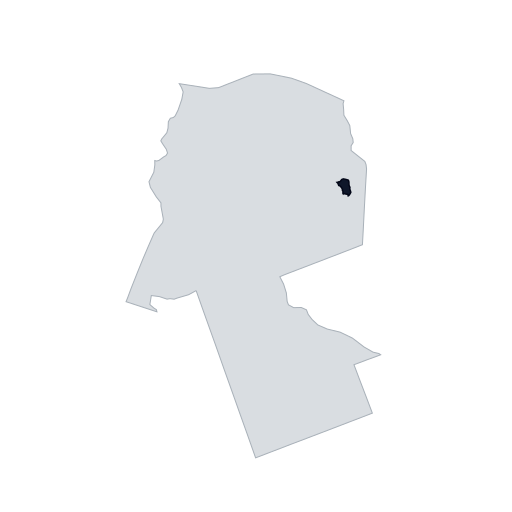 Ixtahuacán, Huehuetenango, Guatemala shown in context, rotated 159°
{"feature_id": "79465075B38724413967486", "entity_name": "Ixtahuacán", "entity_type": "district", "adm_level": 2, "iso_a3": "GTM", "parent_name": "Guatemala", "parent_adm1": "Huehuetenango", "projection": "equal_earth", "projection_center": [-91.799, 15.426], "detail": "fine", "context": "in_parent", "style": "filled", "palette": "ink", "viewbox_px": 512, "rotation_deg": 159, "n_neighbors": 0, "source": "geoboundaries", "source_scale": "gbopen_adm2", "svg_char_len": 3081}
<svg xmlns="http://www.w3.org/2000/svg" viewBox="0 0 512 512"><g transform="rotate(159 256 256)"><path d="M118.3,369.4L120.1,367.0L121.6,361.6L123.5,355.9L122.3,349.4L121.7,344.1L123.8,336.4L123.6,330.7L124.6,327.1L127.7,324.8L129.4,320.4L120.5,305.3L120.5,301.9L121.6,297.6L128.9,281.5L137.5,262.3L146.9,241.1L152.6,228.4L173.4,228.3L187.1,228.3L204.6,228.3L223.6,228.3L236.0,228.3L241.2,228.1L240.3,219.9L240.9,210.7L243.2,202.4L243.2,198.8L239.4,194.3L232.2,191.7L228.2,187.7L228.2,182.7L226.4,176.6L223.0,169.5L215.7,162.3L204.8,154.8L195.4,144.8L187.7,132.3L181.2,124.3L176.2,120.9L175.0,119.1L189.7,119.3L203.5,119.4L203.6,101.5L203.6,85.5L203.7,67.6L228.8,67.6L258.8,67.6L289.9,67.7L314.3,67.7L328.7,67.7L328.1,90.0L327.5,115.8L327.0,134.8L326.4,160.2L325.7,186.2L324.9,221.7L324.3,244.6L324.6,245.1L332.8,244.0L344.9,245.0L347.9,245.0L351.6,247.0L354.5,247.6L360.7,252.7L367.9,256.6L372.5,248.7L370.0,244.0L368.2,241.6L368.5,239.4L393.7,259.9L390.8,263.0L384.4,270.3L372.9,282.8L362.5,293.9L352.6,304.1L343.6,313.2L342.6,314.1L331.2,320.6L329.3,323.6L326.9,336.5L325.7,339.7L327.9,346.9L330.0,357.9L329.3,363.7L321.4,370.8L317.8,377.3L316.3,381.4L314.8,380.3L312.4,380.0L306.7,381.6L304.0,382.0L301.7,383.8L301.5,387.8L303.0,394.3L303.6,397.6L302.0,399.1L295.1,403.0L292.3,406.9L289.7,412.8L286.6,415.3L283.5,414.9L281.2,415.8L276.4,420.2L269.1,428.9L265.2,435.3L265.2,440.1L265.9,444.4L239.4,429.2L230.6,426.6L193.4,426.9L177.4,420.9L159.2,409.3L147.0,398.8L118.3,369.4Z" fill="#d9dde1" stroke="#a8b0b8" stroke-width="1"/><path d="M152.3,282.7L152.1,282.8L151.9,282.8L151.6,282.7L151.4,282.7L151.2,282.5L151.1,282.4L150.6,282.1L150.2,282.0L150.0,281.7L149.7,281.4L149.3,281.3L149.1,281.2L148.8,281.1L148.6,280.9L148.4,280.8L148.3,280.7L148.2,280.5L148.2,280.3L148.4,279.1L148.0,279.1L147.5,279.3L147.3,279.4L147.2,279.5L146.8,279.7L146.5,280.0L146.4,280.0L146.0,280.3L145.6,280.6L145.4,280.9L145.0,281.1L144.8,281.3L144.7,281.4L144.6,281.9L144.5,282.5L144.5,283.9L144.5,284.1L144.5,284.4L144.4,284.5L144.4,285.0L144.2,285.5L143.9,285.9L143.8,286.3L143.7,286.5L143.8,286.8L143.8,287.0L143.7,287.2L143.8,287.6L143.8,288.3L143.8,288.5L143.7,289.0L143.5,289.6L143.3,290.2L143.2,290.5L142.9,291.4L142.8,291.6L142.8,292.0L142.7,292.0L142.6,293.0L142.6,293.5L142.7,293.8L142.9,293.9L143.0,294.1L143.3,294.3L143.5,294.4L143.7,294.6L144.2,295.0L144.4,295.1L144.8,295.4L145.0,295.5L145.5,295.9L145.8,296.0L146.5,296.5L146.9,296.7L147.2,296.7L148.5,296.7L148.9,296.5L149.4,296.1L149.5,296.0L150.1,295.8L150.2,295.7L150.9,295.3L151.1,295.3L151.7,295.5L152.2,295.6L152.3,295.0L153.1,295.1L153.1,295.5L154.0,295.7L153.9,295.4L153.7,295.1L153.6,294.9L153.5,294.3L153.5,293.3L153.5,292.9L153.5,292.3L153.5,292.2L153.2,291.9L152.9,291.8L152.8,291.7L152.5,291.3L152.2,290.7L152.1,290.3L152.0,290.1L151.8,289.6L151.6,289.0L151.6,288.8L151.6,288.7L151.5,288.2L151.5,287.7L151.5,287.3L151.6,286.8L151.8,286.5L151.8,286.2L151.8,285.9L151.7,285.7L151.7,285.0L151.8,284.6L152.0,284.3L152.1,284.1L152.3,283.7L152.4,283.4L152.3,282.7Z" fill="#0f172a" stroke="#020617" stroke-width="1.5"/></g></svg>